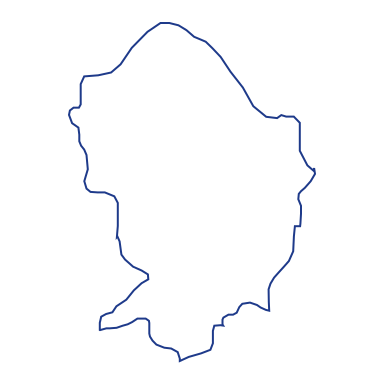 the Statistical Region of Brod
{"feature_id": "MKD-2944", "entity_name": "Brod", "entity_type": "Statistical Region", "adm_level": 1, "iso_a3": "MKD", "parent_name": "North Macedonia", "parent_adm1": "", "projection": "robinson", "projection_center": [21.2, 41.634], "detail": "fine", "context": "isolated", "style": "outline", "palette": "blue", "viewbox_px": 384, "rotation_deg": 0, "n_neighbors": 0, "source": "natural_earth", "source_scale": "10m", "svg_char_len": 1749}
<svg xmlns="http://www.w3.org/2000/svg" viewBox="0 0 384 384"><path d="M169.4,23.0L172.1,23.7L178.5,25.3L186.5,30.2L194.1,36.8L200.8,39.6L205.7,41.7L212.6,48.4L220.7,57.0L230.4,71.6L242.9,87.6L253.3,106.2L266.2,116.8L277.1,118.1L281.3,115.1L286.2,116.6L293.8,116.6L299.8,122.8L299.8,142.5L299.8,150.8L307.4,165.4L313.4,170.6L314.1,168.1L315.0,173.9L310.7,181.2L304.8,187.9L301.0,191.2L298.8,193.9L298.3,199.2L301.0,205.8L301.0,213.8L300.4,223.8L300.1,226.2L298.2,226.2L294.9,226.2L293.9,236.3L293.2,251.3L288.9,261.0L284.0,266.6L278.1,273.1L274.1,277.6L270.5,283.6L268.6,289.3L268.8,301.8L269.2,310.7L265.9,309.9L260.6,307.5L257.0,305.0L250.0,302.6L242.3,303.8L239.3,307.1L236.7,312.7L233.0,314.7L228.4,314.7L223.4,317.6L222.5,319.6L222.5,324.4L223.2,325.6L220.5,325.2L214.3,325.7L212.9,330.9L212.9,335.8L212.9,343.3L210.4,349.8L201.0,353.4L188.8,356.9L179.8,361.0L179.8,358.6L177.7,352.1L171.2,348.5L164.3,347.7L156.4,344.6L152.5,340.6L150.0,336.6L149.3,333.6L149.3,328.3L149.3,323.0L148.9,320.8L145.7,318.6L137.4,318.6L132.1,322.1L127.7,324.3L122.7,325.7L116.6,327.8L110.1,328.3L106.5,328.3L100.0,330.1L99.8,330.0L99.8,326.1L99.8,322.8L101.2,316.7L106.1,314.0L112.4,312.3L116.4,306.3L126.3,299.7L133.9,290.3L141.6,283.2L148.3,279.3L147.9,274.4L141.6,270.5L133.1,266.7L125.0,259.5L121.4,254.6L119.6,241.4L117.4,236.4L116.9,237.0L117.8,226.0L117.8,213.3L117.8,202.9L114.3,196.3L104.8,192.4L97.6,192.4L90.5,191.9L86.5,188.6L84.3,181.2L87.8,169.3L86.5,155.0L84.2,149.6L81.1,145.7L79.3,141.3L79.3,134.7L78.4,127.6L72.1,123.2L69.0,114.9L69.9,110.5L73.5,107.7L78.9,107.7L80.7,104.4L80.7,96.2L80.7,84.1L84.2,76.4L98.2,75.3L101.9,74.5L111.1,72.5L120.6,64.3L131.8,47.8L147.5,31.8L160.5,23.0L169.4,23.0Z" fill="none" stroke="#1e3a8a" stroke-width="2"/></svg>